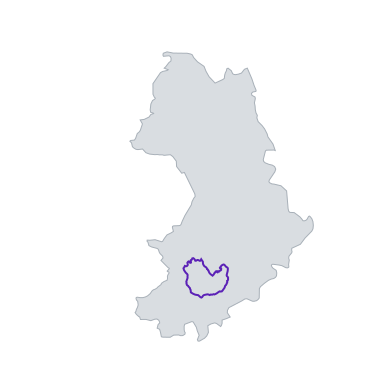 Kerouane, Kérouané, Guinea (highlighted), rotated 64°
{"feature_id": "49546643B6018429350706", "entity_name": "Kerouane", "entity_type": "district", "adm_level": 2, "iso_a3": "GIN", "parent_name": "Guinea", "parent_adm1": "Kérouané", "projection": "orthographic", "projection_center": [-9.183, 9.346], "detail": "medium", "context": "in_parent", "style": "outline", "palette": "violet", "viewbox_px": 384, "rotation_deg": 64, "n_neighbors": 0, "source": "geoboundaries", "source_scale": "gbopen_adm2", "svg_char_len": 5548}
<svg xmlns="http://www.w3.org/2000/svg" viewBox="0 0 384 384"><g transform="rotate(64 192 192)"><path d="M231.7,247.8L228.8,247.4L227.5,248.0L223.7,252.4L221.3,254.2L217.8,253.6L216.5,254.0L215.6,253.4L216.9,251.0L218.7,246.1L223.4,241.1L223.5,240.1L221.6,237.2L219.6,233.3L219.6,229.0L219.3,226.0L215.1,225.1L214.4,224.6L214.3,223.6L216.6,218.3L216.8,217.3L216.5,216.3L214.0,213.6L210.0,208.6L203.3,198.3L200.7,196.2L198.3,193.0L197.4,191.1L194.9,190.3L171.1,190.3L170.6,193.0L162.4,194.7L157.4,192.6L151.8,193.7L149.0,195.1L146.8,201.0L145.6,202.3L144.4,204.9L143.3,206.4L142.0,209.3L139.3,213.5L136.5,216.2L131.7,217.6L130.2,222.0L129.1,223.6L127.2,224.9L125.2,225.7L121.3,224.8L119.1,225.6L118.8,224.5L120.1,221.0L119.1,219.2L115.4,215.5L115.1,213.7L114.0,211.5L109.1,206.7L104.5,207.0L105.8,203.1L105.8,197.8L104.3,195.0L104.7,192.1L103.9,192.3L102.3,194.2L99.9,193.6L94.9,190.4L92.5,187.4L92.2,184.8L91.6,183.8L90.1,184.3L87.0,184.2L77.5,179.6L70.9,168.0L70.8,165.4L71.9,161.0L71.7,159.8L68.5,162.7L67.9,160.7L65.6,156.1L65.0,153.5L62.7,152.2L60.9,152.0L59.5,152.9L57.5,158.2L56.2,158.1L54.7,157.0L55.1,153.0L58.9,148.0L65.2,135.5L67.5,132.6L68.9,131.6L71.8,131.6L77.4,130.0L84.4,126.1L89.7,126.5L96.0,126.1L104.2,123.5L104.4,115.0L104.1,113.2L101.3,111.4L99.6,109.9L98.2,108.0L96.5,106.7L96.5,105.3L100.2,103.5L103.5,103.6L104.6,102.9L105.5,101.7L106.4,98.7L106.8,95.4L104.7,91.1L104.9,88.0L116.8,88.6L123.4,89.5L128.7,89.8L129.6,90.5L128.8,93.5L129.4,95.3L131.3,95.8L134.3,93.7L135.9,94.2L139.2,96.8L142.3,97.6L145.7,99.0L148.9,99.8L151.7,99.7L153.8,101.2L157.8,101.7L163.0,99.9L167.1,99.1L172.8,99.0L175.7,99.6L184.4,98.2L191.2,99.0L190.2,100.0L187.0,106.8L187.3,108.0L194.2,113.8L195.9,114.2L197.8,113.5L200.8,110.8L203.1,108.0L205.4,106.6L208.1,106.7L210.2,108.7L215.1,117.2L216.3,118.3L217.5,118.3L219.7,116.7L220.8,114.9L225.4,109.3L232.5,106.5L249.3,113.0L251.8,113.5L253.2,113.0L255.3,109.2L261.7,105.9L264.7,105.1L266.4,104.9L267.1,103.9L267.4,102.4L267.1,100.8L265.1,97.9L265.1,97.0L266.2,96.5L268.6,96.0L271.7,96.3L275.2,97.6L278.1,99.4L279.7,101.5L282.9,110.5L286.5,117.5L286.3,127.0L287.9,127.9L289.6,128.3L290.4,129.1L292.2,133.0L293.8,134.1L295.8,134.4L299.4,136.9L301.8,137.8L302.1,138.6L302.0,139.6L301.1,140.9L297.6,143.5L295.8,145.8L292.3,151.1L292.2,152.1L292.9,152.9L294.4,153.0L296.0,152.6L299.3,150.7L301.9,151.3L304.4,152.8L305.3,154.4L305.6,156.4L305.0,159.0L304.9,162.0L305.8,167.0L307.1,172.0L308.4,173.8L316.8,178.1L317.6,179.8L318.0,181.6L317.4,184.2L316.6,185.6L312.0,189.5L311.3,191.4L311.7,194.9L312.1,209.5L313.9,212.0L316.0,213.2L321.1,212.5L320.9,216.6L320.3,221.1L323.2,222.5L324.7,223.9L325.5,225.2L320.9,227.6L319.6,229.0L318.9,232.8L319.1,236.4L325.4,238.8L327.8,241.8L328.9,244.8L329.3,250.6L328.7,251.9L327.1,251.9L323.9,248.4L319.1,248.1L315.5,247.4L309.4,247.9L308.4,248.9L307.7,256.6L309.2,257.9L312.1,259.3L313.9,259.9L315.5,259.8L316.7,260.7L317.0,263.2L316.2,265.1L314.6,266.8L312.6,271.2L313.0,275.3L309.7,281.8L308.7,283.0L304.2,281.8L301.2,281.3L299.1,283.0L296.2,280.5L295.6,278.5L294.6,278.1L292.6,278.1L290.8,279.2L290.0,281.2L289.6,285.4L286.3,289.3L284.0,294.2L281.3,293.8L280.7,294.4L277.8,295.6L275.4,296.0L274.7,294.7L273.3,293.6L271.7,291.5L269.9,289.9L266.4,288.7L265.1,289.2L263.4,289.1L262.4,288.4L262.5,287.4L264.3,284.8L265.4,282.5L265.9,279.9L265.9,277.5L265.0,274.1L263.4,271.3L263.0,269.7L263.2,267.5L262.9,265.4L262.4,264.3L261.6,260.3L260.7,259.6L260.2,256.4L260.4,253.1L259.0,251.9L256.9,251.0L255.7,249.7L254.9,248.3L254.1,247.9L253.5,248.0L252.9,248.9L252.2,249.0L251.0,246.0L250.5,245.9L249.6,246.6L239.9,249.9L238.6,247.0L236.8,246.5L233.5,247.7L231.7,247.8Z" fill="#d9dde1" stroke="#a8b0b8" stroke-width="1"/><path d="M294.1,209.3L294.4,208.9L294.1,208.0L292.3,204.7L291.8,204.2L291.3,203.8L290.7,203.1L290.5,202.2L289.6,201.0L289.2,200.8L288.9,200.1L288.5,199.9L287.5,199.5L287.6,199.3L286.6,198.0L285.6,197.6L285.1,197.2L284.1,197.1L282.8,197.5L281.9,197.3L278.7,194.6L276.9,193.5L276.1,193.2L275.1,193.5L274.4,194.0L273.7,194.3L272.2,194.6L271.1,195.2L270.9,195.8L271.0,197.5L271.8,199.2L272.4,200.2L272.7,200.2L273.5,199.3L273.9,199.4L274.3,199.8L274.8,200.0L274.9,200.3L275.1,201.0L274.8,201.9L275.3,202.7L275.1,202.8L274.8,203.4L275.3,204.1L274.8,204.3L274.1,204.3L273.8,205.1L273.9,205.4L274.3,205.3L274.4,205.5L274.1,205.8L274.2,206.2L274.6,206.6L274.6,207.2L275.7,208.7L276.2,210.2L274.1,211.3L272.4,211.8L270.5,211.8L269.9,211.6L269.3,211.9L268.9,211.8L268.5,211.8L267.9,212.3L267.3,212.1L266.0,212.3L264.1,213.4L263.1,213.6L261.5,213.6L259.3,212.8L258.2,213.0L256.5,213.2L257.1,214.0L257.4,214.9L257.1,215.4L256.1,216.0L255.6,216.7L255.4,217.1L255.5,217.6L255.5,218.7L255.1,219.2L254.3,219.1L253.2,219.3L252.1,219.8L251.8,220.8L252.6,221.7L252.8,222.1L252.7,222.8L252.9,223.2L254.7,223.7L255.0,223.9L255.0,224.4L254.9,224.6L254.5,224.9L253.3,225.2L252.9,225.5L253.0,226.2L253.6,227.2L255.1,227.5L255.8,227.9L256.2,228.6L256.3,229.3L256.0,230.2L255.3,230.8L256.6,232.5L256.8,233.1L258.6,233.4L259.7,233.3L261.7,233.0L263.6,232.3L264.7,232.3L265.8,233.0L266.8,233.4L267.7,234.0L268.4,234.8L270.2,236.5L271.4,236.7L271.8,237.1L273.2,237.3L273.7,237.2L274.6,236.7L276.2,236.4L277.4,236.0L278.2,236.2L279.4,236.2L281.7,237.0L282.1,236.8L284.1,235.5L285.7,234.1L287.5,231.6L290.3,230.5L291.0,229.8L290.9,228.9L290.2,227.8L289.9,226.8L290.0,225.8L290.7,223.1L291.3,222.2L292.4,221.2L292.4,220.0L293.1,219.0L293.3,217.4L293.9,216.8L294.0,215.5L293.9,213.9L293.6,212.4L293.4,210.8L293.9,210.2L294.1,209.3Z" fill="none" stroke="#5b21b6" stroke-width="2"/></g></svg>